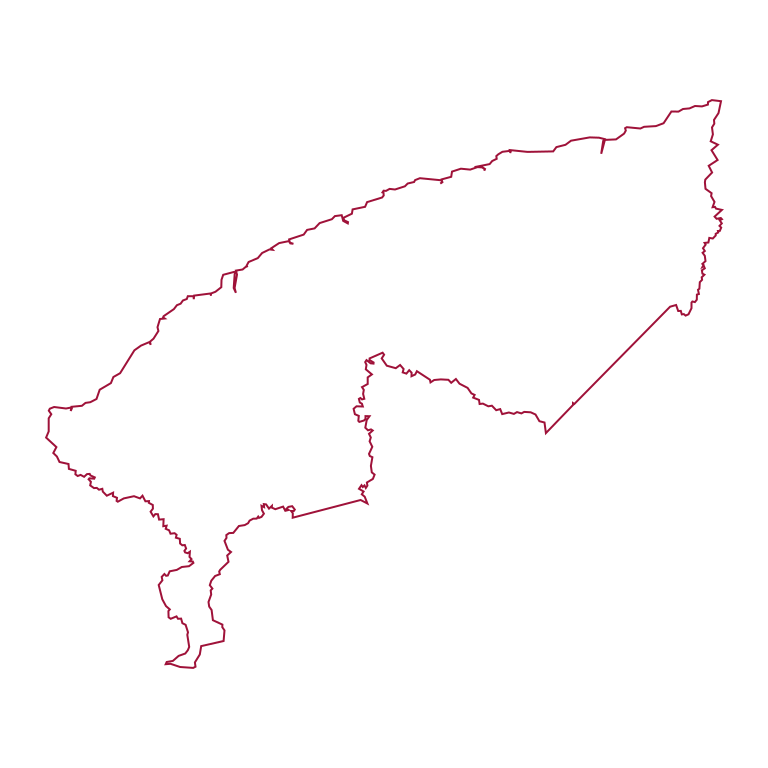 the district of Donoso, Colón, Panama
{"feature_id": "35544464B61389009226289", "entity_name": "Donoso", "entity_type": "district", "adm_level": 2, "iso_a3": "PAN", "parent_name": "Panama", "parent_adm1": "Colón", "projection": "mercator", "projection_center": [-80.539, 8.91], "detail": "fine", "context": "isolated", "style": "outline", "palette": "rose", "viewbox_px": 768, "rotation_deg": 0, "n_neighbors": 0, "source": "geoboundaries", "source_scale": "gbopen_adm2", "svg_char_len": 6087}
<svg xmlns="http://www.w3.org/2000/svg" viewBox="0 0 768 768"><path d="M491.9,405.7L496.2,410.2L500.2,409.1L502.2,414.1L508.9,412.5L513.9,413.9L517.0,412.1L521.4,413.4L524.2,411.9L530.7,412.3L535.5,414.5L539.4,421.2L544.5,422.5L545.9,433.1L573.0,405.0L573.0,403.1L574.3,404.0L670.1,306.7L676.1,305.0L678.2,311.0L680.8,310.9L681.8,314.4L683.8,314.1L685.6,315.6L688.5,314.3L691.5,308.2L691.5,302.6L692.4,301.5L694.9,302.1L696.8,299.7L696.9,294.6L698.9,294.0L698.0,289.8L699.4,288.7L699.8,282.2L702.1,279.8L701.7,277.3L704.4,274.7L702.4,273.6L701.9,270.3L704.8,268.3L703.9,266.1L702.5,266.9L703.5,264.9L702.4,263.9L705.5,261.1L704.8,255.8L702.6,252.8L704.8,251.0L703.0,248.2L705.6,244.7L704.6,242.9L708.4,242.5L709.3,237.9L712.8,238.5L715.7,235.5L715.7,233.8L718.2,232.5L717.9,231.0L719.8,230.9L721.2,227.6L719.5,225.9L721.8,223.4L719.6,220.1L721.9,219.2L720.8,218.0L716.6,218.8L714.6,216.6L721.9,209.9L716.0,208.6L715.0,206.9L712.6,207.2L714.5,201.9L711.1,196.1L711.6,193.2L705.5,188.8L704.9,182.3L705.3,179.6L712.1,172.5L708.7,165.8L717.6,160.0L711.5,150.2L717.9,144.7L710.7,141.3L712.9,134.4L712.0,127.4L714.3,123.7L714.0,119.9L718.5,113.1L721.0,101.2L711.9,100.1L708.0,102.1L707.9,104.6L702.0,106.4L695.0,106.0L689.5,108.4L683.0,109.0L678.5,111.6L671.4,111.5L663.6,123.2L655.9,126.1L644.1,126.8L640.4,128.5L626.8,127.2L625.1,128.2L625.8,130.6L624.1,133.6L616.0,139.4L604.9,139.9L601.2,153.8L603.2,140.9L604.5,139.5L605.9,139.4L599.0,137.7L589.7,137.4L571.0,140.7L565.5,144.8L556.4,147.1L553.2,151.4L527.5,151.9L510.1,150.1L510.8,151.3L510.2,153.0L510.3,150.8L502.4,151.8L498.3,154.3L496.3,156.1L496.7,158.8L492.2,161.0L489.6,164.1L474.5,167.1L477.7,166.7L482.3,167.2L485.0,169.0L484.3,170.7L484.6,169.0L482.1,167.4L477.5,167.1L470.2,169.6L460.9,168.7L452.0,171.6L451.2,176.8L441.6,179.4L442.4,182.2L440.3,183.6L442.0,182.3L441.5,180.3L419.9,178.2L415.1,180.1L414.1,182.0L407.7,183.5L404.9,186.3L395.0,189.5L389.6,188.9L386.0,190.9L383.6,190.7L382.5,192.4L383.5,192.7L383.7,195.5L382.1,197.5L367.1,202.1L365.1,206.8L352.6,209.4L351.9,213.7L343.4,217.8L344.2,220.3L348.0,222.1L347.8,223.4L343.2,220.9L341.7,215.2L334.9,216.1L331.9,219.2L319.6,223.1L314.6,228.4L307.1,229.9L303.7,234.6L289.1,239.4L289.9,242.6L293.4,243.8L290.3,243.4L288.9,241.1L279.1,243.1L271.3,248.2L272.7,249.8L269.5,249.4L262.1,253.0L257.8,258.1L248.6,262.0L246.7,265.5L247.4,267.1L246.5,266.2L242.6,269.5L235.9,270.6L237.0,274.6L234.6,288.0L235.9,292.8L233.7,288.0L234.7,273.8L235.9,272.1L234.1,271.9L223.2,274.8L221.5,279.8L221.3,287.2L215.4,291.8L210.9,293.5L211.0,295.7L210.4,293.5L194.1,295.6L193.8,299.2L193.5,296.2L187.8,296.2L186.8,299.0L182.9,300.5L180.6,303.7L176.9,305.2L173.9,309.1L163.6,316.2L163.1,317.4L164.7,318.5L160.0,319.0L157.5,327.2L158.4,331.0L153.5,338.7L150.0,341.7L150.7,344.8L149.3,342.1L141.0,345.6L134.4,350.3L120.1,373.2L113.4,377.0L110.9,383.1L99.7,389.7L96.5,399.0L90.3,402.2L85.5,402.9L81.9,405.8L71.6,406.8L71.9,408.3L70.7,411.0L71.4,407.5L66.0,408.5L54.1,407.0L49.8,408.7L48.8,410.7L51.3,414.2L48.7,418.3L48.7,431.4L46.1,437.6L56.4,447.1L53.3,453.0L56.9,456.5L59.5,462.0L68.5,464.0L68.9,468.9L75.7,470.8L75.4,474.3L77.7,476.0L80.6,474.9L84.1,476.8L87.0,474.1L89.7,473.9L90.4,475.4L94.8,477.4L94.2,478.7L89.4,478.3L88.6,479.3L90.9,481.8L90.2,485.4L94.0,488.1L96.8,487.9L99.0,489.7L102.3,488.8L102.8,491.6L106.8,495.7L113.1,492.7L112.9,496.1L117.0,497.8L116.6,500.9L117.8,501.7L123.8,498.4L134.0,496.2L140.0,498.4L142.5,495.7L145.4,501.3L149.0,501.1L148.8,502.8L152.8,505.0L152.9,508.7L150.6,511.7L153.4,516.4L155.3,514.1L157.9,514.2L159.1,519.6L163.6,519.2L163.3,526.2L166.6,525.7L165.7,528.8L169.1,530.3L170.5,533.7L174.6,533.2L176.6,534.8L175.9,537.7L179.8,538.8L180.1,543.5L182.3,545.3L184.8,545.0L186.1,548.5L184.4,550.9L185.1,552.4L187.7,553.2L189.9,551.7L189.5,556.9L191.5,559.1L189.6,561.3L192.8,561.5L193.4,562.9L189.0,566.2L181.8,567.0L176.8,569.9L169.7,571.3L167.8,575.5L166.1,575.8L164.4,574.0L161.7,576.9L162.4,580.3L158.7,585.0L162.3,599.3L166.0,606.1L169.8,609.4L168.4,611.1L168.6,617.3L170.7,618.8L176.5,616.4L178.0,618.8L181.1,618.6L182.4,623.2L185.6,624.8L188.0,632.3L187.3,634.8L189.2,646.9L187.9,650.1L185.3,653.5L178.6,655.9L172.9,660.9L166.7,662.0L165.7,664.2L170.5,663.8L180.1,667.0L193.2,667.9L195.5,666.7L194.9,662.4L199.8,654.5L201.2,646.1L223.6,641.0L224.5,630.4L222.3,627.2L222.4,624.6L212.9,620.2L211.6,610.0L209.2,606.6L208.5,602.0L211.2,594.5L210.7,590.4L212.4,588.6L209.8,585.2L211.3,580.7L215.1,576.0L219.8,574.2L219.2,571.5L220.2,569.8L228.5,561.8L227.2,555.5L231.0,552.0L227.9,549.7L224.5,540.9L226.5,537.9L226.3,535.1L229.1,533.1L233.3,532.9L238.9,526.0L244.7,525.1L248.1,523.2L249.6,520.6L253.2,518.7L256.7,518.6L258.2,516.6L259.0,517.9L261.5,516.9L263.9,513.7L262.0,510.2L261.5,505.8L264.1,507.1L263.8,504.1L266.1,504.4L269.0,508.6L271.9,505.9L271.8,507.6L275.3,509.2L283.1,506.6L285.3,510.8L288.5,510.0L286.5,508.8L288.4,506.9L292.2,506.2L294.8,509.6L293.8,511.0L291.1,511.0L292.8,513.2L292.7,517.7L360.6,500.0L367.4,503.5L364.7,496.7L361.8,494.3L363.6,491.5L359.0,488.8L361.5,485.2L362.8,487.0L364.5,485.4L365.8,488.0L367.4,485.6L366.9,482.5L372.9,478.9L374.6,474.6L371.8,472.4L370.9,465.9L372.4,457.2L369.8,456.0L369.0,453.9L372.3,446.8L369.6,441.3L370.8,437.5L369.0,433.8L372.7,430.5L371.0,429.4L368.0,430.3L365.3,427.7L366.7,420.1L369.5,416.2L365.5,416.1L365.5,418.9L364.0,420.5L359.3,421.9L358.3,420.8L358.8,415.9L354.9,414.2L353.6,408.8L356.5,406.3L362.8,406.5L361.9,403.7L359.8,402.5L358.9,398.9L360.4,398.0L362.0,399.4L364.3,398.8L363.1,393.9L363.8,389.9L362.0,387.1L367.7,384.0L367.7,377.4L371.9,374.4L365.8,369.3L366.5,364.9L365.2,362.1L366.5,360.1L370.6,363.3L373.5,363.6L373.6,362.5L369.5,360.0L369.6,358.4L382.6,352.7L384.1,354.7L381.7,358.4L386.8,365.7L395.8,368.2L400.1,365.0L403.6,369.0L402.7,372.4L406.4,373.6L409.2,370.2L411.6,372.7L411.5,376.2L415.2,374.5L416.9,371.2L429.9,379.7L430.5,382.4L434.2,380.0L440.8,379.4L448.4,379.8L451.2,382.8L455.9,379.0L459.5,383.7L467.6,387.9L471.4,393.4L474.6,394.9L473.2,397.6L479.0,399.9L479.6,404.0L482.9,403.6L488.3,406.3L491.9,405.7Z" fill="none" stroke="#9f1239" stroke-width="2"/></svg>